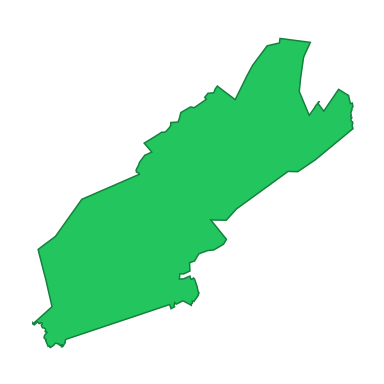 Rayones, Nuevo León, Mexico (orthographic projection), rotated 88°
{"feature_id": "50627088B56763529788020", "entity_name": "Rayones", "entity_type": "district", "adm_level": 2, "iso_a3": "MEX", "parent_name": "Mexico", "parent_adm1": "Nuevo León", "projection": "orthographic", "projection_center": [-100.065, 25.075], "detail": "fine", "context": "isolated", "style": "filled", "palette": "green", "viewbox_px": 384, "rotation_deg": 88, "n_neighbors": 0, "source": "geoboundaries", "source_scale": "gbopen_adm2", "svg_char_len": 3785}
<svg xmlns="http://www.w3.org/2000/svg" viewBox="0 0 384 384"><g transform="rotate(88 192 192)"><path d="M41.6,98.7L46.1,99.4L48.5,111.8L67.5,127.0L77.7,133.0L101.2,145.6L91.4,157.7L87.0,163.0L90.0,165.3L93.6,166.7L93.9,172.6L97.9,176.0L99.9,174.5L107.8,186.8L106.9,190.4L112.2,200.4L117.8,202.0L121.6,203.5L121.8,210.7L124.8,211.0L126.5,212.0L130.0,215.3L131.3,217.2L131.2,220.3L132.7,222.6L141.5,238.1L150.7,230.8L153.6,237.9L160.3,243.3L164.2,244.9L166.0,246.0L168.0,247.1L170.1,246.9L170.7,245.8L171.5,244.3L172.4,243.9L195.4,302.3L218.5,320.0L231.7,330.1L235.8,336.1L236.5,337.0L237.3,338.2L237.3,338.3L244.0,347.8L246.3,347.3L247.5,347.1L260.7,344.2L264.1,343.5L264.9,343.3L265.8,343.1L267.6,342.7L273.7,341.3L301.7,335.9L318.0,355.2L317.3,355.7L318.2,355.8L319.3,354.3L317.9,352.6L316.8,351.4L316.8,351.1L316.7,350.7L316.9,350.2L317.5,349.9L318.0,349.7L318.1,349.3L318.1,348.7L317.8,348.1L317.5,347.8L317.3,347.4L317.3,347.1L317.4,346.8L317.6,346.6L317.9,346.4L318.2,346.3L318.6,346.4L318.8,346.5L319.2,346.6L319.5,346.9L319.7,347.2L319.9,347.3L320.7,346.9L321.3,346.7L322.2,346.4L322.7,345.7L322.6,344.7L323.1,344.0L323.5,343.5L323.7,343.3L324.0,343.2L324.3,343.1L324.7,343.2L325.0,343.3L325.3,343.4L325.6,343.5L325.8,343.6L326.1,343.6L326.4,343.6L326.5,343.6L326.7,343.4L326.7,343.2L326.6,342.8L326.6,342.4L326.6,342.1L326.9,341.9L327.0,341.9L327.3,342.0L327.9,342.3L328.2,342.5L328.4,342.7L328.5,342.9L328.8,343.1L329.1,343.6L329.5,343.8L329.9,344.1L330.2,344.3L330.8,344.5L331.1,344.6L331.5,344.8L331.8,344.9L332.2,344.9L332.5,344.9L332.8,344.9L333.2,344.6L333.4,344.4L333.5,344.2L333.8,343.7L334.1,343.3L334.2,343.1L334.5,342.9L335.0,343.0L335.3,343.4L341.2,341.2L341.0,340.7L340.9,340.3L340.9,340.0L341.1,339.8L341.3,339.6L341.6,339.6L342.1,339.5L342.3,339.3L342.4,339.0L342.4,338.5L342.2,338.2L341.6,337.5L341.3,337.1L341.0,336.5L340.5,335.8L340.2,335.4L339.8,335.1L339.3,334.6L338.9,334.3L338.6,333.9L338.4,333.4L338.3,333.0L338.5,332.7L338.8,332.2L339.0,331.7L339.2,331.2L339.2,330.9L339.2,330.5L339.1,330.3L339.2,330.2L339.3,330.1L339.6,330.1L339.9,330.1L340.3,329.9L340.4,329.6L340.5,329.1L340.4,328.8L340.3,328.5L340.3,328.3L340.2,328.0L340.1,327.8L340.1,327.5L340.1,327.4L340.1,327.1L340.3,327.0L340.5,327.0L341.1,327.5L341.4,327.8L341.7,328.0L341.8,328.1L342.0,328.1L342.2,327.9L342.2,327.7L341.5,327.6L342.0,326.6L338.1,323.9L337.2,324.0L335.5,323.7L334.7,322.7L303.7,218.3L307.9,217.0L306.1,213.4L305.2,214.0L302.0,213.2L303.0,212.3L303.4,211.9L303.5,211.5L300.4,204.8L305.2,196.6L303.6,196.4L303.1,195.5L301.1,195.5L301.5,193.9L295.4,189.2L294.0,189.2L293.6,188.6L293.3,188.7L292.5,188.8L291.9,189.0L291.7,189.3L291.5,189.5L291.4,189.6L290.8,189.5L289.9,189.6L289.2,189.8L287.0,190.1L279.4,192.4L278.0,193.4L279.3,195.6L278.2,196.5L275.9,197.0L278.5,203.4L278.6,207.7L273.4,207.0L273.6,203.2L270.9,196.8L262.6,196.9L261.1,191.9L254.0,187.3L251.1,178.4L250.7,172.3L245.3,162.3L240.5,159.2L220.6,174.2L221.4,158.8L210.3,147.9L174.8,95.3L175.4,85.6L164.0,67.4L163.9,67.3L163.8,67.2L134.3,28.9L132.6,29.3L131.6,29.6L130.7,29.6L129.9,29.3L129.1,29.0L128.3,29.0L127.7,29.1L127.3,29.3L127.1,29.9L126.7,30.2L126.1,30.7L125.8,30.8L125.3,30.7L124.7,30.5L124.2,30.2L123.7,29.9L123.4,29.7L123.1,29.6L122.9,29.7L122.8,29.9L122.6,30.2L122.4,30.5L122.1,30.8L120.8,30.2L120.1,30.3L118.9,30.5L117.7,30.3L116.4,29.7L115.6,29.3L114.7,29.2L114.0,29.2L113.6,29.1L113.0,28.7L112.6,28.3L112.4,28.2L108.7,28.7L109.2,30.6L101.0,32.2L94.5,41.9L115.8,57.5L108.0,62.9L106.2,61.7L106.1,61.9L106.3,62.1L106.7,62.5L107.0,62.8L107.9,63.6L108.1,63.4L108.9,63.9L109.3,64.3L109.5,64.7L109.5,64.8L109.5,65.0L112.0,66.5L119.5,72.2L119.4,72.3L119.1,72.4L118.9,72.4L95.3,81.3L80.9,79.3L61.9,75.9L61.5,75.8L58.9,74.7L46.6,68.5L41.6,98.7Z" fill="#22c55e" stroke="#15803d" stroke-width="1.5"/></g></svg>